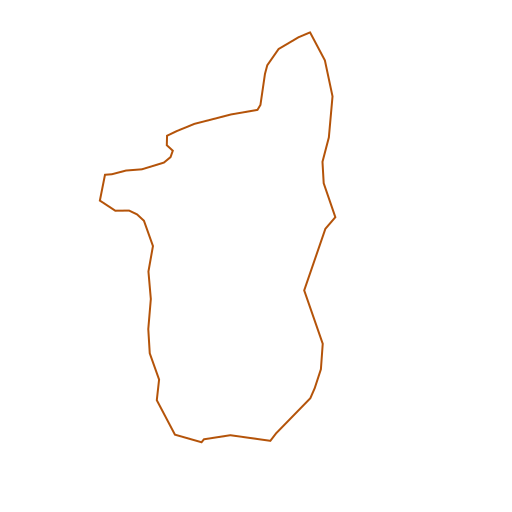 the Municipality of Hrpelje-Kozina, rotated 239°
{"feature_id": "SVN-1026", "entity_name": "Hrpelje-Kozina", "entity_type": "Municipality", "adm_level": 1, "iso_a3": "SVN", "parent_name": "Slovenia", "parent_adm1": "", "projection": "orthographic", "projection_center": [14.024, 45.558], "detail": "fine", "context": "isolated", "style": "outline", "palette": "amber", "viewbox_px": 512, "rotation_deg": 239, "n_neighbors": 0, "source": "natural_earth", "source_scale": "10m", "svg_char_len": 785}
<svg xmlns="http://www.w3.org/2000/svg" viewBox="0 0 512 512"><g transform="rotate(239 256 256)"><path d="M90.2,173.1L115.6,141.7L125.7,117.0L124.4,113.4L144.6,94.5L183.5,96.7L200.0,109.3L227.3,114.8L248.8,126.0L273.3,143.7L298.1,155.8L317.6,172.8L343.9,178.1L352.9,175.5L360.3,170.6L367.3,158.7L383.9,150.7L403.4,168.4L400.3,174.6L396.2,188.6L389.1,202.8L383.5,225.2L384.8,233.7L389.1,238.9L396.9,236.6L404.9,241.7L403.9,252.4L401.0,271.2L390.2,307.5L380.5,332.5L383.2,337.6L407.5,357.5L413.7,363.9L421.8,382.0L421.6,405.2L419.9,417.1L419.8,417.5L388.2,415.8L353.4,403.8L320.1,379.5L302.5,361.5L283.5,351.5L248.4,344.0L248.3,343.7L243.6,329.5L201.7,279.6L146.4,268.0L125.5,253.3L112.5,238.3L106.1,229.3L93.7,182.0L90.2,173.1Z" fill="none" stroke="#b45309" stroke-width="2"/></g></svg>